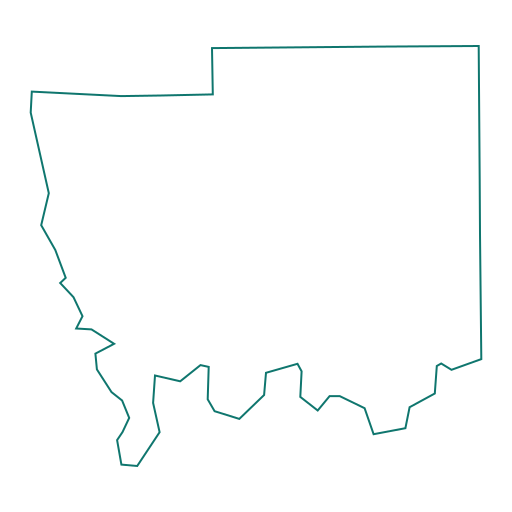 Autauga, Alabama, United States of America (orthographic projection)
{"feature_id": "52423323B1786789370049", "entity_name": "Autauga", "entity_type": "district", "adm_level": 2, "iso_a3": "USA", "parent_name": "United States of America", "parent_adm1": "Alabama", "projection": "orthographic", "projection_center": [-86.703, 32.508], "detail": "fine", "context": "isolated", "style": "outline", "palette": "teal", "viewbox_px": 512, "rotation_deg": 0, "n_neighbors": 0, "source": "geoboundaries", "source_scale": "gbopen_adm2", "svg_char_len": 779}
<svg xmlns="http://www.w3.org/2000/svg" viewBox="0 0 512 512"><path d="M122.5,432.1L117.1,440.1L121.4,464.6L137.2,466.0L159.6,432.2L153.1,402.9L155.0,375.5L180.2,381.3L200.5,365.1L208.7,366.9L207.7,399.3L214.6,411.2L239.3,418.9L264.1,395.0L266.0,372.8L297.5,363.8L301.6,371.3L300.3,396.9L317.7,410.5L329.6,396.1L339.7,396.1L364.6,408.2L373.6,434.2L405.4,428.2L409.6,407.2L434.8,393.5L436.8,366.0L441.2,363.5L451.5,369.8L481.3,359.1L480.0,234.0L479.7,180.8L478.7,46.0L380.1,46.6L212.0,48.1L212.8,94.4L161.3,95.5L121.3,96.1L31.8,91.6L30.7,112.6L48.8,193.2L41.2,225.2L55.3,250.0L65.7,277.8L60.2,283.0L73.5,297.2L82.5,316.2L76.2,328.5L91.5,329.4L114.1,343.8L95.4,353.6L96.9,369.4L111.5,392.1L122.1,400.5L129.2,417.9L122.5,432.1Z" fill="none" stroke="#0f766e" stroke-width="2"/></svg>